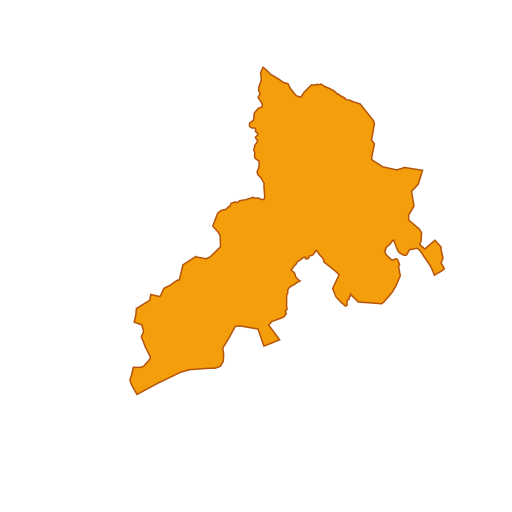 the district of Charanchi, Katsina, Nigeria, rotated 48°
{"feature_id": "59680162B50452180674611", "entity_name": "Charanchi", "entity_type": "district", "adm_level": 2, "iso_a3": "NGA", "parent_name": "Nigeria", "parent_adm1": "Katsina", "projection": "mercator", "projection_center": [7.676, 12.562], "detail": "fine", "context": "isolated", "style": "filled", "palette": "amber", "viewbox_px": 512, "rotation_deg": 48, "n_neighbors": 0, "source": "geoboundaries", "source_scale": "gbopen_adm2", "svg_char_len": 3920}
<svg xmlns="http://www.w3.org/2000/svg" viewBox="0 0 512 512"><g transform="rotate(48 256 256)"><path d="M120.4,124.5L122.9,129.9L128.8,134.3L132.3,140.7L134.4,143.1L138.3,144.5L139.5,148.3L147.6,149.7L149.4,152.0L147.7,155.2L148.6,161.6L152.0,165.4L153.5,167.2L153.1,169.3L153.0,172.0L154.7,173.6L155.1,173.8L156.2,174.1L158.2,173.3L159.5,172.0L160.2,171.2L162.0,171.8L163.1,173.1L165.8,172.8L167.1,173.5L167.4,177.0L169.1,177.6L171.1,177.4L172.3,179.6L173.0,183.0L174.6,184.8L175.5,186.5L179.0,188.2L181.1,190.6L183.0,191.3L187.7,190.2L192.3,194.8L193.8,198.3L194.6,199.2L197.1,200.3L201.2,200.0L202.5,200.3L206.2,201.1L206.3,201.1L207.8,201.5L208.9,203.0L209.7,203.6L218.4,210.4L219.3,212.5L217.1,214.4L214.4,215.5L212.3,218.1L210.5,218.9L207.1,226.4L205.4,228.9L204.0,231.1L203.9,234.3L202.0,235.1L200.2,239.3L201.4,241.8L201.0,243.6L201.2,247.3L199.2,250.4L198.8,252.0L198.5,255.7L204.8,268.1L213.0,268.2L217.0,269.1L225.4,276.2L226.0,290.5L224.9,294.3L224.8,294.8L216.9,300.9L216.1,301.0L213.7,316.2L222.5,329.0L221.5,330.2L221.1,332.2L220.2,339.7L218.4,346.0L221.5,353.3L221.8,354.6L214.2,359.9L217.8,364.6L215.0,380.0L219.8,385.2L223.7,390.8L230.7,387.0L235.2,389.0L237.4,390.7L238.9,394.8L239.8,395.6L244.8,397.2L248.8,398.9L260.8,402.2L262.0,405.6L262.2,409.6L262.8,412.9L261.8,415.9L260.9,416.9L259.4,418.7L256.6,421.6L261.4,428.4L262.6,431.0L264.4,433.1L269.4,434.9L279.2,437.1L285.3,412.2L286.1,410.0L291.9,389.8L296.2,381.2L306.9,367.4L312.2,361.2L314.1,356.4L313.8,355.3L313.1,353.1L312.3,350.7L307.3,345.7L302.2,342.4L298.9,331.2L294.4,318.3L298.2,313.9L311.6,303.4L328.3,310.4L334.1,294.5L315.8,292.8L315.3,288.1L319.9,276.4L319.2,272.0L316.5,271.3L316.4,268.5L313.5,266.7L309.4,262.8L305.7,259.6L305.1,257.7L302.4,254.9L301.7,252.8L302.0,249.9L302.8,246.4L303.3,242.7L304.0,239.9L301.4,240.6L298.4,240.5L294.9,238.9L292.1,238.9L289.9,239.2L289.4,235.8L288.9,234.8L288.9,231.6L288.2,230.4L288.1,227.8L288.7,225.6L288.7,223.5L288.8,221.8L290.2,220.0L291.3,221.0L292.6,219.6L292.7,218.2L291.7,216.3L292.9,214.0L293.2,212.3L292.6,209.7L292.3,208.4L292.5,207.3L298.0,208.0L301.4,207.7L304.3,208.3L305.8,209.5L309.5,208.9L314.1,208.1L317.0,207.7L319.4,207.3L325.5,206.7L331.5,220.9L339.9,223.9L347.4,223.8L353.1,223.0L353.6,221.6L352.8,220.4L351.5,219.6L350.6,218.5L350.0,217.5L350.3,215.7L349.4,214.6L349.0,213.5L348.8,212.2L347.7,211.4L358.6,210.8L375.6,194.5L375.7,191.6L374.9,184.5L374.0,178.8L371.8,171.8L367.2,162.0L360.4,157.8L359.2,157.1L358.6,155.1L353.7,153.2L351.7,153.7L350.9,156.3L349.5,157.9L342.0,158.4L338.5,157.2L338.3,155.5L337.3,155.1L337.4,154.8L337.2,154.3L336.8,153.2L336.9,148.7L336.5,146.8L336.3,145.8L335.9,144.1L336.5,143.8L336.4,143.1L346.8,147.1L349.7,147.3L354.6,145.5L356.0,143.6L354.0,137.4L355.8,135.2L357.3,132.2L358.0,131.2L360.9,130.4L368.7,131.5L381.0,133.2L389.7,136.2L391.4,127.4L391.6,124.6L389.9,124.1L385.0,123.1L382.8,118.5L375.3,114.3L374.1,113.5L373.8,113.0L372.2,112.4L364.0,112.5L363.8,125.8L357.2,126.7L355.0,122.9L351.3,119.3L349.9,117.6L345.7,116.6L331.9,118.4L329.4,116.7L328.0,115.4L327.5,114.5L324.6,105.2L312.1,97.2L311.2,87.4L303.8,74.9L289.6,86.4L286.2,93.8L274.5,102.2L262.5,105.4L260.7,104.8L252.0,93.0L249.8,92.7L247.2,92.6L237.0,79.6L234.3,78.2L212.8,76.8L209.1,78.9L207.5,80.1L206.2,80.6L204.7,81.3L203.0,82.0L200.6,84.2L199.4,84.5L198.9,84.3L198.6,84.6L197.7,84.3L197.1,84.9L196.5,84.9L195.5,85.0L195.2,85.6L194.6,86.1L194.1,85.8L192.8,85.9L191.8,86.7L191.2,86.3L190.7,86.4L190.1,87.0L189.3,87.5L188.1,87.2L187.2,87.1L186.1,87.9L185.3,87.7L184.3,87.8L183.3,88.5L182.1,88.8L181.0,89.0L179.3,90.0L178.1,90.5L177.2,90.7L176.3,91.7L175.3,91.6L174.8,91.9L173.3,92.2L171.9,92.6L171.5,93.2L171.6,93.8L171.2,94.4L169.4,95.6L168.1,98.2L165.9,100.3L166.5,110.6L168.0,116.4L163.7,118.9L154.1,118.3L149.3,116.9L145.4,119.5L139.8,120.7L134.7,122.3L130.3,123.8L127.9,123.6L123.2,124.0L120.4,124.5Z" fill="#f59e0b" stroke="#b45309" stroke-width="1.5"/></g></svg>